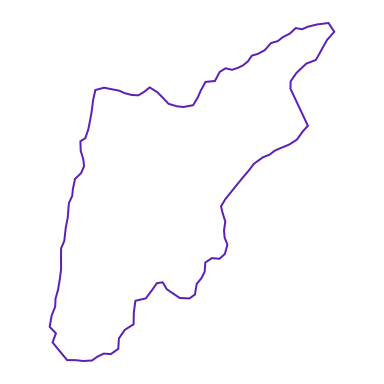 Areal, Rio de Janeiro, Brazil
{"feature_id": "56859067B22984730700411", "entity_name": "Areal", "entity_type": "district", "adm_level": 2, "iso_a3": "BRA", "parent_name": "Brazil", "parent_adm1": "Rio de Janeiro", "projection": "natural_earth1", "projection_center": [-43.115, -22.237], "detail": "fine", "context": "isolated", "style": "outline", "palette": "violet", "viewbox_px": 384, "rotation_deg": 0, "n_neighbors": 0, "source": "geoboundaries", "source_scale": "gbopen_adm2", "svg_char_len": 1560}
<svg xmlns="http://www.w3.org/2000/svg" viewBox="0 0 384 384"><path d="M307.9,125.8L290.5,88.8L290.6,81.4L296.3,73.1L301.7,67.9L306.3,63.6L315.8,60.0L319.7,53.2L322.7,47.7L326.9,40.1L334.3,31.8L328.5,23.0L317.3,24.4L307.9,26.7L302.1,29.2L295.7,28.1L290.0,33.5L282.9,37.1L277.8,41.1L271.1,43.0L264.7,50.2L257.8,53.9L251.9,55.6L247.8,61.5L242.8,65.5L237.5,68.0L232.0,69.8L225.6,68.3L219.7,71.9L214.9,81.0L205.5,81.9L200.7,90.7L197.7,97.6L193.1,105.2L183.4,107.0L177.0,106.3L168.5,103.8L163.1,98.0L157.3,92.2L149.7,87.4L144.2,91.8L138.4,95.3L131.8,95.0L124.8,93.2L119.3,90.7L112.1,89.3L104.1,87.7L95.4,90.0L93.1,100.1L92.0,109.1L91.0,115.6L89.6,122.8L88.3,129.4L85.3,138.2L80.4,141.3L80.7,150.7L83.4,159.7L84.0,166.4L81.1,173.1L75.0,179.0L72.9,189.0L72.2,195.9L68.9,203.1L68.3,210.3L67.7,217.9L65.8,227.4L64.3,240.8L61.1,248.4L61.0,258.2L61.1,269.1L59.8,279.2L58.0,289.9L55.5,298.7L55.2,306.6L51.6,315.7L49.7,326.9L55.9,333.3L52.6,342.5L67.1,360.1L75.1,360.1L83.2,361.0L92.0,360.5L97.5,356.6L103.8,353.6L110.8,354.1L118.3,348.8L118.9,338.4L124.9,329.8L133.6,324.3L133.8,312.5L135.4,300.8L145.8,298.4L151.8,290.4L156.9,283.2L162.7,282.3L166.7,289.2L172.2,292.9L179.7,298.0L189.4,298.4L194.9,294.6L196.7,283.9L201.5,278.1L204.7,271.6L205.3,262.5L211.9,258.1L219.5,258.8L224.9,253.9L227.4,244.7L224.6,237.5L224.0,230.3L225.3,221.6L222.6,212.9L221.0,206.4L225.3,199.2L234.6,187.6L243.1,177.2L248.6,170.7L254.0,163.7L262.9,157.3L269.5,154.7L274.7,150.7L280.3,148.2L289.1,144.6L296.9,139.6L303.0,131.1L307.9,125.8Z" fill="none" stroke="#5b21b6" stroke-width="2"/></svg>